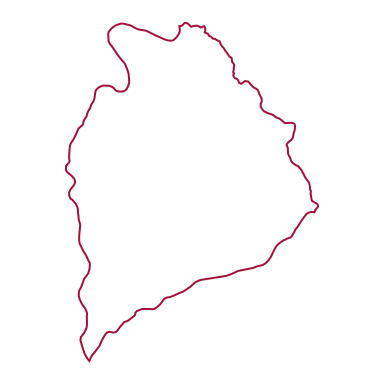 the district of Carneirinho, Minas Gerais, Brazil
{"feature_id": "56859067B62729457033226", "entity_name": "Carneirinho", "entity_type": "district", "adm_level": 2, "iso_a3": "BRA", "parent_name": "Brazil", "parent_adm1": "Minas Gerais", "projection": "mercator", "projection_center": [-50.814, -19.776], "detail": "fine", "context": "isolated", "style": "outline", "palette": "rose", "viewbox_px": 384, "rotation_deg": 0, "n_neighbors": 0, "source": "geoboundaries", "source_scale": "gbopen_adm2", "svg_char_len": 4081}
<svg xmlns="http://www.w3.org/2000/svg" viewBox="0 0 384 384"><path d="M248.2,81.5L246.6,81.3L244.8,81.1L243.2,82.5L241.2,83.8L239.4,83.1L238.6,81.6L237.9,79.8L236.7,78.8L234.9,78.1L233.5,76.4L233.3,74.8L234.2,73.5L233.1,72.1L233.6,70.3L233.8,68.6L233.8,66.9L234.3,65.3L233.5,63.5L232.0,61.7L231.9,59.4L231.4,57.7L229.3,56.4L227.9,54.3L226.7,52.5L225.1,50.5L223.8,48.1L222.3,46.7L220.9,44.7L220.2,42.9L219.7,41.4L217.9,40.6L216.3,39.8L215.1,38.9L213.0,38.7L211.1,36.7L209.0,35.8L208.2,34.1L206.5,33.1L204.7,32.4L205.3,30.6L205.2,28.2L204.2,26.2L202.3,26.8L200.5,27.5L198.5,26.1L196.4,25.6L194.7,26.0L193.0,26.1L191.3,26.8L189.7,25.4L187.8,23.5L185.9,23.0L184.4,23.1L183.2,24.5L181.6,25.8L179.3,26.1L179.8,30.5L179.5,32.3L178.6,34.4L176.3,37.5L174.2,39.5L172.5,40.5L170.7,40.7L167.0,40.2L163.2,38.8L154.6,34.9L146.4,30.8L138.0,29.3L136.1,28.5L130.5,25.4L123.1,23.6L120.8,23.6L115.6,25.4L111.7,28.2L108.7,31.8L108.2,33.8L108.6,41.3L109.9,43.9L111.4,45.7L112.7,47.5L115.0,50.8L117.9,55.2L122.5,61.0L123.8,62.2L125.1,64.2L127.2,69.3L128.5,73.2L129.2,80.3L129.1,82.7L128.3,85.8L126.6,89.1L125.3,90.4L123.4,91.3L121.7,91.6L118.8,91.5L117.1,91.2L115.4,90.3L114.5,88.9L112.4,87.0L109.0,85.8L104.4,85.6L102.7,85.7L101.2,86.2L98.2,87.8L96.0,90.0L95.4,91.8L94.4,98.7L93.3,101.5L91.2,104.7L90.7,106.3L90.2,107.8L88.1,111.5L87.2,113.5L86.5,116.6L85.1,118.3L83.8,120.6L82.8,124.8L78.6,128.4L75.8,134.7L73.1,140.0L70.8,143.3L69.9,145.8L69.3,153.1L69.1,157.7L69.6,161.4L68.3,163.4L66.1,165.8L66.0,167.9L66.0,170.1L67.3,172.2L71.7,175.9L74.0,178.4L75.2,181.3L74.8,183.2L73.5,185.7L70.8,189.0L69.0,192.5L69.3,195.9L70.7,198.9L72.5,199.9L75.9,204.0L77.4,207.1L77.9,209.1L78.1,213.3L78.9,220.5L79.8,222.9L80.2,225.3L79.4,233.4L79.2,236.6L79.2,240.5L79.6,243.4L81.3,246.9L82.8,250.2L84.2,252.5L85.3,254.0L86.3,255.9L88.0,259.6L88.8,261.3L89.9,263.1L89.8,266.0L89.5,269.0L88.3,273.2L87.0,275.1L84.2,278.8L83.6,280.3L82.4,283.9L80.8,287.8L79.3,290.4L78.9,291.9L78.7,294.6L78.9,296.7L79.9,299.8L82.0,304.1L85.4,308.9L86.7,312.1L87.1,313.8L86.8,316.1L87.0,324.0L86.8,325.9L86.5,328.1L84.2,332.9L80.9,337.0L80.4,340.2L81.3,343.2L82.6,347.7L84.6,353.7L87.1,358.1L89.3,361.0L91.3,356.5L92.5,354.8L94.7,352.2L97.3,348.8L99.5,345.9L101.9,340.3L104.1,336.4L105.4,334.2L107.1,332.6L109.5,331.7L113.0,332.6L115.6,332.2L117.1,331.0L118.4,329.2L120.0,326.8L121.8,325.0L124.1,322.1L126.8,321.2L128.3,320.5L134.9,315.3L135.4,312.8L136.8,311.1L142.0,309.0L144.9,308.9L146.5,309.1L148.5,309.0L150.5,309.1L153.2,309.2L154.9,308.6L157.4,306.9L160.0,304.5L164.2,299.0L166.4,297.6L169.5,297.2L173.6,295.7L179.2,293.1L183.4,291.5L190.4,286.7L194.4,283.0L197.4,281.2L200.8,279.9L226.2,275.9L230.8,274.3L235.4,272.3L237.0,271.4L239.1,270.7L250.3,268.5L253.8,267.7L256.0,266.7L259.8,265.7L261.7,265.3L263.6,264.5L265.3,263.5L268.4,260.4L270.8,257.0L274.7,248.9L276.6,245.9L278.7,243.7L282.0,241.3L283.9,240.1L285.3,239.7L287.4,238.5L290.2,237.6L291.8,236.1L293.8,232.7L295.5,229.4L297.2,227.5L300.0,223.1L300.9,221.6L302.2,219.6L306.5,213.9L308.7,212.7L311.0,212.0L314.5,212.3L315.1,210.3L316.4,208.6L318.0,206.6L317.6,204.4L315.9,203.1L313.5,201.9L312.0,200.8L311.4,198.8L311.1,196.2L310.6,193.8L310.9,191.0L309.9,189.1L310.0,187.2L309.5,184.6L309.2,182.9L308.2,181.6L306.9,179.9L305.9,178.4L304.7,176.4L303.5,173.8L302.3,171.8L301.3,169.8L299.4,167.7L298.1,166.0L295.9,165.2L294.4,164.2L292.6,162.8L291.3,161.2L290.7,159.5L290.0,157.5L288.9,155.6L288.1,153.7L287.9,150.7L287.9,148.6L287.4,146.8L286.6,145.4L287.0,143.8L288.5,142.1L289.9,141.0L291.2,140.1L292.6,138.1L293.3,135.5L293.6,133.1L294.5,131.0L294.8,128.9L295.0,127.1L295.1,125.5L294.3,123.9L292.9,123.1L291.1,122.7L289.1,122.9L287.5,123.0L285.9,123.2L284.2,122.7L282.5,121.0L280.8,119.6L279.0,118.4L276.8,117.7L275.0,116.6L273.6,115.4L272.1,114.5L270.5,114.0L268.7,113.5L267.3,112.9L265.8,112.2L264.3,111.5L262.7,110.0L261.7,108.3L260.7,106.5L260.6,104.1L261.6,102.1L261.8,100.3L261.6,98.5L260.5,96.3L259.2,93.7L258.4,91.4L257.6,89.8L256.0,88.7L254.3,87.8L252.8,86.7L251.9,85.5L250.5,84.3L249.3,82.8L248.2,81.5Z" fill="none" stroke="#9f1239" stroke-width="2"/></svg>